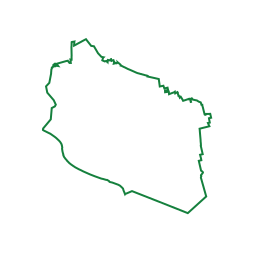 outline of Navolato, Sinaloa, Mexico, rotated 347°
{"feature_id": "50627088B58275904386471", "entity_name": "Navolato", "entity_type": "district", "adm_level": 2, "iso_a3": "MEX", "parent_name": "Mexico", "parent_adm1": "Sinaloa", "projection": "robinson", "projection_center": [-107.725, 24.725], "detail": "fine", "context": "isolated", "style": "outline", "palette": "green", "viewbox_px": 256, "rotation_deg": 347, "n_neighbors": 0, "source": "geoboundaries", "source_scale": "gbopen_adm2", "svg_char_len": 5058}
<svg xmlns="http://www.w3.org/2000/svg" viewBox="0 0 256 256"><g transform="rotate(347 128 128)"><path d="M45.3,109.3L45.0,109.8L44.8,110.3L44.7,110.8L45.6,111.7L51.2,116.3L54.6,120.1L55.8,121.6L56.8,123.1L57.8,124.6L58.5,125.8L59.0,126.9L59.1,127.3L59.2,127.5L59.3,127.9L59.4,128.1L59.4,128.3L59.5,128.6L59.6,128.8L59.6,129.1L59.6,129.3L59.6,129.5L59.6,129.8L59.7,130.0L59.6,130.4L59.6,131.1L59.6,132.1L59.4,132.5L59.1,133.3L59.1,133.8L59.0,134.2L59.0,134.5L59.0,134.8L59.0,135.1L58.9,135.5L58.9,135.9L58.9,136.3L58.9,136.7L58.9,136.9L58.9,137.2L58.9,137.8L59.0,138.1L59.0,138.5L59.0,138.8L58.9,139.3L59.0,139.4L59.0,139.7L58.9,140.0L59.0,140.2L58.9,140.5L59.1,141.2L59.2,141.7L59.3,142.1L59.5,142.5L59.7,142.9L59.8,143.2L60.0,143.7L60.3,144.3L60.8,145.1L61.0,145.6L61.1,145.9L61.3,146.2L61.3,146.3L61.4,146.5L61.5,146.6L61.6,146.8L61.8,147.1L62.0,147.4L62.1,147.6L62.3,147.9L62.4,148.1L63.0,149.1L63.2,149.3L63.3,149.4L63.4,149.6L63.7,149.9L64.0,150.3L64.3,150.7L65.4,151.9L65.7,152.2L65.8,152.4L65.9,152.5L66.2,152.8L66.5,153.1L67.0,153.6L67.6,154.3L69.2,155.7L70.9,157.2L72.6,158.5L74.6,160.2L77.4,162.3L80.6,164.7L85.0,167.7L90.6,171.3L92.3,172.1L94.8,173.5L95.5,173.8L96.0,173.9L97.6,175.5L97.8,176.2L98.3,176.6L100.4,177.6L105.9,181.2L107.3,182.5L108.8,184.7L109.5,185.9L109.6,187.8L109.8,189.2L110.0,190.0L110.1,191.2L110.2,191.8L110.3,191.7L110.6,191.6L111.6,191.5L117.7,190.4L141.9,207.0L167.1,224.4L188.8,212.3L187.9,193.6L187.8,193.0L188.1,192.1L188.5,191.6L188.6,191.3L188.5,191.0L188.4,190.7L188.5,190.4L188.8,190.1L189.9,189.3L190.8,188.5L191.0,188.3L191.0,188.0L190.9,187.6L190.3,186.7L189.6,186.0L189.6,184.4L189.6,183.0L189.6,175.9L192.2,175.9L192.3,174.4L192.2,170.3L194.9,170.3L194.9,167.4L194.9,164.6L194.9,164.4L194.9,161.8L194.9,161.6L195.0,161.5L195.2,161.3L195.2,161.1L195.5,159.4L195.7,157.7L196.1,155.5L196.6,151.9L197.2,147.7L197.4,146.5L197.6,144.8L201.8,144.7L203.1,144.7L203.3,144.7L203.5,144.7L207.7,144.6L207.0,141.1L208.9,141.1L209.0,138.4L209.1,136.7L209.4,136.7L209.6,136.7L211.3,136.7L211.3,136.0L211.3,135.4L211.3,135.2L211.3,134.4L211.3,132.7L209.0,132.3L207.5,131.9L207.4,132.0L207.3,132.3L207.0,132.4L206.3,132.5L206.3,131.8L205.7,131.7L205.6,126.8L205.6,124.6L205.5,124.2L205.5,123.0L205.6,122.1L204.8,121.9L204.7,120.2L204.6,119.4L203.7,118.8L203.6,118.7L203.3,118.6L201.8,117.2L201.6,116.9L201.4,116.7L201.2,116.6L200.8,116.4L200.3,116.2L198.6,115.4L198.0,115.1L197.5,114.9L197.4,114.8L197.3,114.7L197.2,114.6L197.2,114.1L197.1,113.7L196.9,113.5L196.8,113.4L196.7,113.4L196.3,113.5L196.3,114.0L195.3,114.1L195.3,116.7L195.0,116.7L195.0,116.1L195.0,115.7L195.0,115.2L195.0,114.5L195.0,113.9L195.0,113.7L193.9,113.7L193.9,113.3L192.1,113.5L190.3,113.7L189.0,113.8L187.8,113.9L187.7,113.5L187.6,113.1L187.6,112.9L187.3,112.0L187.1,111.4L186.9,110.8L186.8,110.5L186.6,109.9L186.4,109.4L185.4,110.0L185.4,109.5L185.3,109.3L185.1,109.2L185.0,108.5L184.8,107.9L184.4,107.9L184.4,107.6L184.4,107.1L184.3,106.5L184.3,106.1L184.3,105.8L184.4,105.5L184.4,105.2L184.5,104.9L184.4,104.6L184.2,104.1L181.8,104.9L181.8,103.2L181.0,103.6L180.8,103.6L179.1,103.8L176.9,104.1L175.6,104.3L175.8,102.8L175.9,101.8L172.2,101.5L172.5,99.8L175.6,100.1L175.6,97.6L172.3,97.6L172.0,94.8L168.3,94.7L169.0,87.2L165.5,85.5L158.6,82.2L158.9,81.7L158.4,81.3L157.4,80.8L156.9,80.6L155.7,79.9L154.6,79.3L153.8,78.9L153.0,78.4L152.9,78.4L151.9,77.9L151.6,77.7L151.3,77.5L150.8,77.3L150.5,77.1L149.5,76.6L148.4,75.8L148.1,75.6L146.8,74.6L146.7,74.5L146.4,74.3L144.0,72.5L143.2,71.9L141.8,70.9L141.2,70.5L138.6,68.3L137.5,67.5L136.7,66.8L136.3,66.5L135.9,66.1L135.4,65.8L135.0,65.4L134.9,65.4L135.0,64.8L135.0,64.7L134.9,64.6L134.1,63.4L133.6,62.8L133.3,62.5L132.8,61.8L132.8,62.3L132.0,62.1L131.4,62.0L130.9,61.9L130.9,62.2L130.6,62.1L129.8,62.1L129.2,62.1L128.6,62.1L128.7,61.9L129.0,61.4L129.3,60.9L129.5,60.5L129.5,60.4L129.2,60.3L129.1,58.6L128.7,58.5L127.9,58.7L127.1,58.9L127.0,58.6L126.9,58.3L126.8,57.7L126.9,57.1L126.7,57.1L126.5,57.3L126.3,57.4L126.2,57.5L125.9,58.2L125.5,58.0L125.4,58.0L123.8,57.2L123.1,58.8L123.0,59.1L122.9,58.9L122.8,59.0L122.7,59.0L122.7,58.9L122.3,57.8L121.8,57.8L121.3,57.8L120.6,57.8L120.4,57.9L120.2,57.7L119.9,57.6L118.2,56.3L118.9,55.0L119.6,53.9L120.1,53.6L119.0,53.1L118.1,52.7L115.6,48.4L113.2,40.7L110.6,39.7L107.0,32.0L102.2,33.3L101.6,33.5L100.5,33.8L100.1,33.9L99.0,34.2L97.2,34.7L95.9,35.1L95.5,35.2L94.0,35.6L94.2,34.7L94.3,34.6L94.5,33.9L94.9,32.6L95.0,32.4L95.0,32.2L95.1,31.9L95.2,31.7L94.6,31.7L93.9,31.6L93.1,31.6L92.5,31.6L92.3,32.1L92.0,33.3L91.6,34.9L91.1,36.4L89.7,43.1L89.4,44.6L89.0,46.0L88.6,47.9L88.4,48.7L87.3,48.3L87.3,49.9L87.0,50.3L86.9,51.7L85.6,51.4L84.6,49.3L84.5,48.9L83.1,48.9L82.5,48.9L74.1,49.3L72.8,49.4L73.9,51.9L72.5,51.3L72.3,50.9L71.4,51.5L70.7,51.5L70.6,51.0L71.0,50.2L71.8,50.0L71.3,48.9L70.8,49.1L69.4,49.8L69.0,51.3L68.4,51.8L68.2,51.6L67.7,51.8L67.2,52.3L67.1,53.0L66.9,53.3L66.5,53.7L66.2,54.8L65.6,56.6L65.3,57.7L61.5,66.3L57.5,69.0L57.3,75.4L61.9,84.2L62.9,89.0L61.6,90.5L58.2,91.4L54.7,102.2L45.3,109.3Z" fill="none" stroke="#15803d" stroke-width="2"/></g></svg>